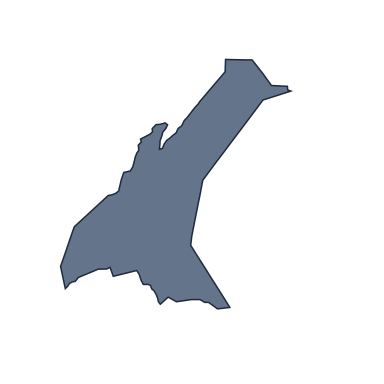 Vitória de Santo Antão, Pernambuco, Brazil (Equal Earth projection), rotated 208°
{"feature_id": "56859067B48091905918616", "entity_name": "Vitória de Santo Antão", "entity_type": "district", "adm_level": 2, "iso_a3": "BRA", "parent_name": "Brazil", "parent_adm1": "Pernambuco", "projection": "equal_earth", "projection_center": [-35.284, -8.165], "detail": "fine", "context": "isolated", "style": "filled", "palette": "slate", "viewbox_px": 384, "rotation_deg": 208, "n_neighbors": 0, "source": "geoboundaries", "source_scale": "gbopen_adm2", "svg_char_len": 1496}
<svg xmlns="http://www.w3.org/2000/svg" viewBox="0 0 384 384"><g transform="rotate(208 192 192)"><path d="M262.3,214.5L260.2,212.4L261.4,208.2L258.6,203.9L259.0,200.4L258.5,196.2L257.2,191.2L256.1,186.4L256.4,181.6L259.0,179.3L261.4,177.2L260.2,169.6L258.1,161.7L257.2,158.5L258.7,155.1L261.4,151.9L264.4,149.5L265.7,145.7L267.8,139.7L279.6,106.1L278.6,99.2L275.5,80.1L273.1,64.6L258.5,47.2L257.5,50.6L257.2,53.8L255.6,56.3L253.1,58.3L252.2,63.2L238.5,79.9L231.1,84.0L229.0,87.0L221.9,80.6L204.0,96.7L200.0,94.5L197.3,91.9L195.5,90.2L191.6,87.5L187.2,89.9L184.6,89.9L182.0,87.5L179.2,87.0L175.2,84.5L172.2,81.8L170.3,79.5L167.3,78.0L166.2,81.0L163.7,88.0L154.2,87.8L150.9,90.2L141.9,96.8L134.3,100.8L129.0,100.5L125.5,102.3L114.6,100.8L104.4,107.8L110.0,111.1L129.8,122.4L136.2,126.0L143.7,130.4L152.6,135.4L154.6,136.6L159.8,139.5L168.1,144.3L171.5,153.0L174.8,163.9L181.2,185.1L183.1,191.6L188.0,207.4L185.1,226.9L183.2,238.6L175.1,289.8L172.5,306.6L152.1,327.5L155.3,327.0L157.4,330.1L171.9,323.3L184.1,329.4L198.8,335.9L201.1,336.8L207.5,333.4L224.6,324.8L219.2,313.7L226.9,278.7L227.6,275.7L227.9,272.3L228.8,269.2L229.7,264.8L230.6,259.1L231.4,255.0L232.4,251.5L232.2,245.5L234.1,241.6L233.8,236.7L235.5,233.0L237.0,228.8L238.5,226.1L239.1,221.3L238.6,216.6L240.8,214.4L242.5,218.6L244.3,222.4L244.7,226.1L245.8,231.1L244.9,235.9L245.1,239.9L248.2,240.4L251.7,237.0L255.4,234.6L256.9,229.2L255.1,226.6L256.2,223.4L262.3,214.5Z" fill="#64748b" stroke="#1e293b" stroke-width="1.5"/></g></svg>